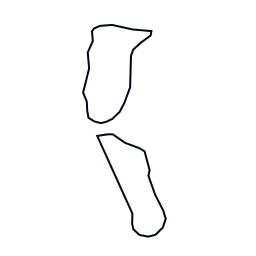 the district of Fananu, Federated States of Micronesia, rotated 106°
{"feature_id": "79324940B62737064958651", "entity_name": "Fananu", "entity_type": "district", "adm_level": 2, "iso_a3": "FSM", "parent_name": "Federated States of Micronesia", "parent_adm1": "", "projection": "equal_earth", "projection_center": [151.912, 8.562], "detail": "fine", "context": "isolated", "style": "outline", "palette": "ink", "viewbox_px": 256, "rotation_deg": 106, "n_neighbors": 0, "source": "geoboundaries", "source_scale": "gbopen_adm2", "svg_char_len": 669}
<svg xmlns="http://www.w3.org/2000/svg" viewBox="0 0 256 256"><g transform="rotate(106 128 128)"><path d="M32.9,131.8L28.4,132.2L32.0,150.7L33.3,171.7L37.5,182.9L41.6,188.0L44.9,189.3L54.1,185.8L66.6,187.5L81.4,181.8L106.4,180.9L114.0,174.9L123.0,171.8L129.1,168.8L131.0,161.9L130.8,155.5L128.1,150.7L123.6,145.6L114.9,140.5L105.0,138.4L88.3,137.2L57.9,145.0L51.2,144.6L42.2,139.0L32.9,131.8ZM144.1,155.4L209.0,100.2L219.0,97.6L223.8,95.0L227.6,87.7L226.9,78.7L223.1,72.2L214.1,67.1L204.8,66.7L197.5,71.5L184.7,83.5L168.3,95.2L162.6,95.6L145.9,105.6L144.3,111.2L143.1,126.6L138.3,140.8L139.6,145.6L144.1,155.4Z" fill="none" stroke="#020617" stroke-width="2"/></g></svg>